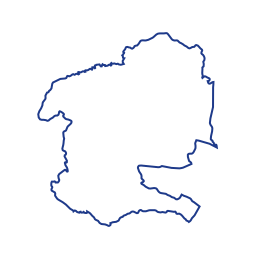 SVG path tracing the border of Sipaliwini, rotated 99°
{"feature_id": "SUR-69", "entity_name": "Sipaliwini", "entity_type": "District", "adm_level": 1, "iso_a3": "SUR", "parent_name": "Suriname", "parent_adm1": "", "projection": "albers", "projection_center": [-55.917, 3.687], "detail": "fine", "context": "isolated", "style": "outline", "palette": "blue", "viewbox_px": 256, "rotation_deg": 99, "n_neighbors": 0, "source": "natural_earth", "source_scale": "10m", "svg_char_len": 5814}
<svg xmlns="http://www.w3.org/2000/svg" viewBox="0 0 256 256"><g transform="rotate(99 128 128)"><path d="M223.2,146.4L221.6,147.6L220.3,149.6L218.5,151.7L217.8,152.8L216.8,155.3L218.0,155.1L218.5,155.9L218.6,157.0L218.5,158.0L218.0,158.4L217.8,158.7L218.5,159.2L218.9,161.0L218.7,161.3L218.1,161.7L218.4,162.4L218.9,163.0L219.2,163.0L219.2,163.7L218.9,165.2L218.0,166.5L217.8,167.6L217.9,167.9L218.9,168.8L218.3,169.1L218.0,169.5L216.8,172.5L213.3,177.4L211.5,180.9L209.6,185.7L208.9,186.9L206.5,189.2L205.9,189.5L204.1,189.6L203.1,190.2L201.8,193.5L201.2,193.9L200.3,194.0L198.6,193.5L197.9,193.7L197.1,194.6L196.2,194.9L194.3,195.1L193.4,195.0L192.8,194.7L192.7,193.3L192.2,192.2L192.5,191.3L193.1,191.1L193.2,190.8L192.9,189.7L192.8,188.8L191.9,188.2L190.9,187.8L190.0,187.8L188.4,188.7L186.0,189.4L184.2,188.7L179.3,184.0L179.1,183.6L179.3,182.9L180.2,181.9L180.6,181.3L180.3,180.8L179.4,180.9L177.4,181.7L176.4,182.3L174.6,183.9L172.4,184.9L172.0,184.9L171.6,184.5L171.8,183.5L171.5,183.1L169.9,183.2L166.0,186.2L164.8,186.2L164.2,185.5L163.5,185.2L162.6,185.2L161.8,185.6L160.9,186.4L160.5,188.2L160.1,189.0L158.7,189.6L157.0,189.5L155.1,189.3L153.3,189.3L150.5,189.5L148.5,189.4L146.7,190.2L142.8,191.2L141.9,191.0L141.4,190.6L140.4,189.1L140.0,188.8L136.5,188.0L135.7,187.6L133.0,185.4L131.9,184.8L130.8,184.7L130.2,184.9L129.9,185.1L129.5,186.0L129.0,188.1L128.9,190.2L128.7,191.1L126.9,193.6L126.3,193.9L125.7,193.9L124.9,193.4L124.3,193.5L123.6,194.3L122.9,195.7L122.3,197.2L122.2,198.1L122.7,198.5L124.9,198.6L125.8,198.8L126.7,199.7L127.1,201.6L127.8,202.6L129.5,203.9L131.3,206.2L133.0,207.6L133.3,208.2L133.5,208.8L133.1,210.3L133.1,212.5L133.4,214.5L133.2,216.2L131.6,217.8L128.4,218.8L125.3,218.2L122.2,216.9L119.1,216.1L116.7,216.2L115.9,216.1L112.3,214.2L111.4,214.1L109.0,214.6L108.3,214.4L105.7,213.5L105.3,212.5L104.9,212.1L103.8,211.8L103.1,211.2L102.8,210.8L100.9,209.8L96.1,209.7L94.8,209.2L90.1,202.5L88.9,197.8L88.3,196.8L86.3,196.2L86.0,195.7L86.1,194.0L85.5,192.9L83.8,191.3L83.4,190.5L83.8,189.2L83.6,188.8L82.8,188.0L82.4,186.9L82.8,185.4L82.4,184.9L81.4,185.6L80.7,185.9L80.4,185.4L80.6,183.8L80.5,183.4L79.1,181.5L79.0,180.7L79.4,179.5L79.1,178.9L78.1,179.4L77.7,179.1L77.4,177.2L76.9,176.3L75.6,175.0L75.4,174.3L75.9,173.2L76.0,172.7L75.5,172.5L73.7,172.8L73.4,171.9L74.2,170.1L73.9,169.8L71.9,170.5L71.3,170.3L70.9,169.3L70.5,169.1L69.7,166.1L70.9,165.0L71.4,164.3L71.2,163.6L69.6,163.4L69.0,163.1L69.6,162.0L69.4,160.6L69.5,160.4L70.2,160.4L70.4,160.2L70.0,158.9L69.6,157.8L68.7,157.0L68.3,156.1L69.0,154.7L68.7,154.4L68.0,154.9L67.5,155.1L67.0,155.0L66.4,154.6L66.9,153.9L67.0,153.3L66.4,151.6L66.7,149.5L66.1,148.1L66.6,147.1L66.7,145.4L66.6,144.8L65.4,142.2L63.8,143.5L62.5,143.7L59.7,142.6L59.7,143.5L59.4,143.9L58.0,144.3L57.2,145.0L56.9,144.5L55.8,144.3L54.9,143.7L54.3,143.6L53.8,144.5L53.3,144.6L52.8,144.4L50.5,143.1L48.7,142.7L48.3,142.2L48.0,141.1L48.3,139.5L48.2,138.6L48.9,137.1L49.0,136.3L48.2,135.3L46.9,134.5L46.1,134.3L45.4,133.0L45.0,131.8L43.1,130.6L40.7,129.6L39.9,129.1L39.4,128.2L39.1,127.1L38.9,124.9L38.7,124.0L37.7,121.7L35.2,118.1L34.4,117.2L31.2,114.6L30.1,113.1L29.6,111.4L28.9,107.2L28.3,105.1L28.4,104.1L29.1,103.1L33.4,98.7L33.9,97.9L34.2,96.9L34.3,95.7L33.8,93.4L34.0,92.5L35.5,90.4L35.9,88.8L36.8,86.6L37.6,85.3L38.4,82.8L39.2,81.5L39.6,80.7L39.7,79.7L39.3,78.9L38.0,77.2L37.4,75.2L35.7,74.2L35.4,73.5L35.7,71.9L36.5,70.8L38.0,69.0L39.0,67.3L39.4,67.0L40.0,66.8L41.6,67.3L42.8,67.2L43.3,66.7L44.1,65.3L45.4,64.1L47.0,63.3L48.9,63.2L50.8,64.0L52.9,63.2L55.3,63.0L56.6,64.0L58.1,63.7L61.9,63.3L63.2,63.0L64.5,62.4L65.2,62.3L66.4,62.6L66.9,62.3L65.1,60.7L64.9,60.2L65.1,59.0L65.8,57.3L66.1,55.9L66.5,55.2L67.0,54.9L67.9,55.0L68.5,55.2L68.9,55.7L69.2,56.6L70.7,55.9L71.3,55.3L71.5,54.6L71.2,53.7L69.5,51.7L69.2,50.8L71.6,50.5L74.5,50.3L94.0,47.3L105.7,48.1L110.3,47.9L111.8,47.1L113.6,45.4L114.4,44.9L115.4,44.6L118.2,44.4L123.0,44.7L126.0,44.5L126.4,44.3L127.3,42.6L128.2,42.4L129.1,41.1L131.1,40.1L131.2,39.5L130.7,38.7L130.8,38.2L131.4,37.8L133.4,37.2L130.8,45.0L129.4,56.1L129.4,58.6L132.2,59.2L132.8,59.2L135.1,58.5L137.3,58.2L138.3,58.4L141.4,59.4L142.5,60.0L143.1,60.6L143.4,61.1L143.7,63.0L144.1,64.1L144.6,64.5L145.1,64.7L147.2,64.3L150.8,62.6L151.3,62.2L151.6,61.3L152.4,60.2L153.6,59.7L158.6,67.5L159.2,69.0L159.8,70.8L160.6,78.8L160.3,88.6L160.9,89.4L161.6,90.5L162.0,92.0L163.0,109.2L163.4,110.8L163.6,111.3L164.5,111.9L165.5,112.0L166.0,111.9L169.2,110.2L171.8,107.8L172.3,107.5L173.4,107.1L175.5,106.8L176.0,106.4L177.3,104.5L177.7,104.2L178.1,104.1L178.4,104.3L179.0,104.7L179.8,106.0L180.3,106.3L180.8,106.1L181.1,105.7L181.9,103.5L183.2,101.4L184.4,98.0L184.3,96.4L183.2,92.8L183.2,91.0L183.8,89.9L185.5,88.4L186.4,87.3L186.9,86.3L187.1,85.1L187.1,80.3L188.0,78.3L188.4,76.1L189.4,73.9L189.7,71.5L190.8,69.5L190.8,68.4L190.0,67.0L188.7,65.8L185.4,64.6L186.2,62.2L186.7,59.4L187.8,55.6L188.0,55.3L188.3,54.8L190.0,53.3L190.3,52.9L190.9,51.3L194.3,45.0L203.9,48.6L207.2,50.8L209.0,51.4L210.1,52.0L211.3,53.2L210.7,54.0L210.2,55.9L209.1,56.8L208.6,58.0L206.0,61.0L205.1,62.4L204.6,64.0L205.1,66.0L205.0,66.7L203.4,67.9L203.2,68.3L203.6,69.5L203.6,75.6L203.8,76.2L205.2,76.9L205.7,77.8L205.6,80.8L206.2,82.4L206.3,83.0L206.3,85.0L206.1,85.8L205.1,87.6L205.0,88.9L205.9,94.1L207.4,97.2L207.8,99.4L207.8,100.6L207.0,102.4L207.2,103.2L207.8,103.9L208.4,104.3L210.0,104.7L210.5,105.1L210.7,106.1L209.7,109.3L209.8,110.5L210.2,111.4L211.9,112.9L212.2,113.3L212.8,115.0L214.1,116.4L215.3,118.6L216.2,119.1L216.4,119.5L216.6,119.5L217.4,121.0L217.9,121.6L218.8,122.1L220.4,122.6L221.0,122.9L222.5,125.0L223.5,128.4L224.6,130.2L224.7,130.5L226.2,130.1L226.7,130.3L227.4,131.0L227.7,131.6L227.6,132.4L227.2,133.5L226.8,135.5L227.0,139.2L226.2,141.2L224.4,143.0L223.7,145.5L223.2,146.4Z" fill="none" stroke="#1e3a8a" stroke-width="2"/></g></svg>